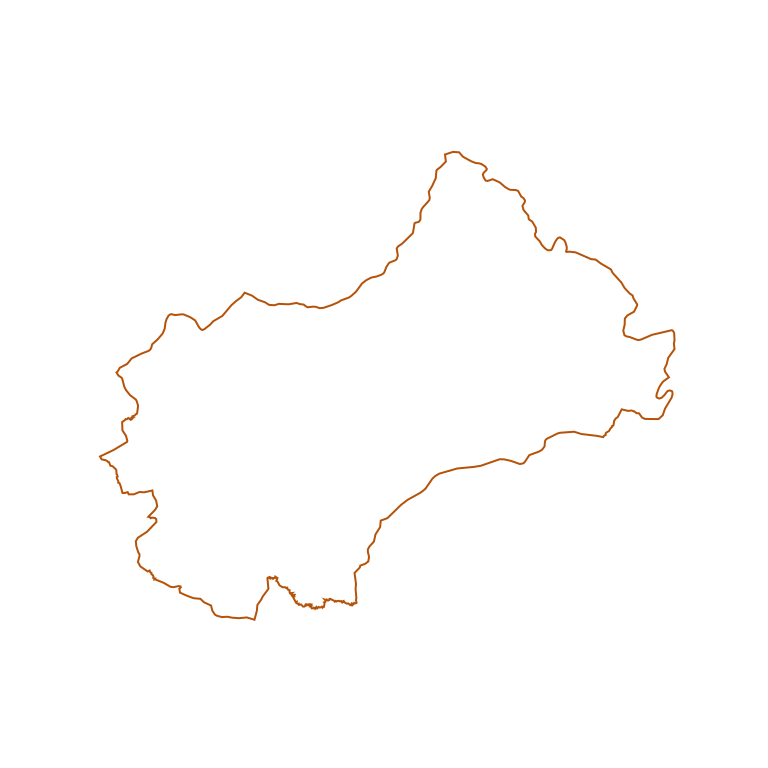 outline of Lahan Sai, Buri Ram, Thailand, rotated 254°
{"feature_id": "78962969B50384711100883", "entity_name": "Lahan Sai", "entity_type": "district", "adm_level": 2, "iso_a3": "THA", "parent_name": "Thailand", "parent_adm1": "Buri Ram", "projection": "natural_earth1", "projection_center": [102.826, 14.325], "detail": "fine", "context": "isolated", "style": "outline", "palette": "amber", "viewbox_px": 768, "rotation_deg": 254, "n_neighbors": 0, "source": "geoboundaries", "source_scale": "gbopen_adm2", "svg_char_len": 6157}
<svg xmlns="http://www.w3.org/2000/svg" viewBox="0 0 768 768"><g transform="rotate(254 384 384)"><path d="M506.0,210.7L506.7,209.0L507.8,202.3L509.8,198.7L509.6,196.9L508.9,195.5L506.2,192.8L503.3,190.9L497.4,188.3L493.5,185.1L489.2,178.6L486.1,172.1L482.9,170.2L481.5,168.8L480.7,166.8L480.1,159.6L478.2,148.5L474.1,142.7L472.4,134.5L469.5,131.5L468.8,130.0L465.2,131.1L462.4,133.5L461.4,133.8L453.0,133.6L449.3,134.3L443.3,136.8L437.4,141.2L435.3,141.6L430.8,141.6L424.3,138.8L423.3,137.9L423.3,136.9L422.2,135.3L422.4,133.5L421.5,133.3L421.7,132.0L420.9,133.1L420.9,131.7L419.9,132.2L419.6,131.5L419.4,130.6L421.8,128.7L421.0,127.1L421.5,125.9L420.9,125.4L419.6,121.8L411.5,119.8L405.4,121.7L400.0,121.6L399.2,121.1L395.1,105.9L392.6,91.0L389.4,91.8L387.5,95.3L386.1,96.9L384.8,97.4L384.6,98.1L380.9,98.5L379.7,100.5L375.9,102.7L375.0,102.9L371.0,102.1L370.3,102.5L368.4,102.4L368.3,101.5L367.3,101.2L363.4,101.8L362.5,101.3L361.5,102.4L358.9,102.7L351.3,102.6L350.7,105.0L350.7,107.8L348.3,108.2L346.9,113.2L347.6,119.2L346.0,123.4L345.5,132.0L340.6,131.3L334.7,132.8L328.9,132.3L326.0,129.1L321.3,120.8L320.4,122.3L319.3,122.7L319.5,124.2L318.3,126.9L316.9,127.8L314.1,127.2L307.3,115.5L304.1,105.1L301.3,102.1L296.3,101.2L289.9,101.4L287.7,102.0L285.7,101.4L280.8,98.4L275.8,99.5L269.0,105.1L269.3,107.3L267.5,107.4L266.6,108.4L265.3,108.0L263.8,109.2L262.3,109.3L261.3,108.7L260.5,109.6L259.5,109.3L259.7,110.3L259.3,110.1L253.7,117.3L247.9,122.9L246.7,125.6L246.4,130.8L245.4,132.7L244.5,132.6L243.6,130.8L239.7,130.4L235.4,135.4L230.6,141.9L228.1,148.3L223.8,150.8L218.7,156.7L213.4,156.5L208.8,158.0L207.2,159.6L204.6,164.0L203.5,169.1L201.2,173.7L198.8,180.3L197.4,187.8L193.1,194.5L200.9,199.2L206.5,201.4L210.5,206.4L213.3,209.0L218.5,215.9L219.3,216.5L229.5,218.4L229.9,219.2L229.0,220.3L229.8,220.1L230.1,220.8L228.4,222.7L228.2,223.6L227.3,223.7L227.8,225.1L227.6,225.8L228.8,226.4L226.8,228.1L224.4,226.2L223.4,227.2L219.2,228.1L216.5,230.6L215.8,233.1L215.0,233.6L214.9,234.8L213.1,234.8L211.7,236.5L210.5,235.9L208.8,235.9L208.4,238.1L207.8,236.7L205.3,237.4L205.1,237.9L206.3,238.6L206.0,239.9L205.3,239.2L204.4,239.3L204.0,237.9L198.8,239.0L198.8,240.1L197.6,239.4L196.5,240.5L196.3,241.6L195.2,241.4L194.9,243.5L192.3,244.9L192.0,246.0L192.5,247.9L193.3,247.5L193.8,248.1L193.6,248.8L192.9,248.5L192.5,249.5L192.2,250.7L192.9,251.0L192.8,252.0L192.2,253.2L191.4,251.5L190.7,251.3L190.3,253.0L189.7,252.4L188.3,252.7L187.9,254.1L188.3,254.8L187.6,255.3L187.8,255.9L187.0,256.0L187.9,257.2L187.1,257.1L186.7,257.8L187.6,258.4L187.3,259.1L187.6,259.8L187.0,260.0L186.7,262.0L187.1,262.9L186.1,263.3L186.6,263.7L186.3,264.8L190.0,266.6L190.6,266.3L190.7,267.6L192.0,268.1L193.1,267.6L192.6,268.3L192.7,269.6L191.5,270.0L191.2,271.0L191.6,272.1L192.4,272.3L192.4,272.9L189.6,276.1L188.5,276.6L188.8,277.6L188.0,278.0L188.3,278.9L188.0,280.9L187.3,281.3L187.2,282.9L186.3,283.2L186.4,284.0L185.8,283.4L185.4,283.6L186.0,285.6L184.8,286.0L183.1,287.7L183.0,289.0L181.1,290.4L181.2,291.2L180.5,291.1L179.9,292.5L180.3,293.0L181.1,292.2L182.0,292.6L181.0,294.0L181.8,295.0L181.0,295.6L181.2,297.3L184.1,297.5L185.7,298.4L194.5,300.1L199.6,302.0L210.5,303.6L214.3,310.2L216.0,311.2L216.3,316.2L217.7,319.9L221.9,322.0L226.9,322.2L229.5,322.9L232.1,325.6L235.3,330.9L241.7,334.3L247.6,340.9L253.6,343.2L254.1,350.3L263.2,367.2L266.2,374.9L269.3,388.4L270.6,392.1L272.0,395.1L279.7,404.5L281.5,408.2L282.6,412.4L282.6,431.1L279.6,447.2L278.7,454.6L279.8,474.4L278.5,478.6L275.2,484.7L269.6,492.6L269.4,495.0L269.4,496.3L270.6,498.3L275.6,504.1L276.3,514.1L277.1,517.6L279.7,521.1L284.2,522.8L285.4,523.6L286.4,525.2L288.6,537.1L288.6,539.8L285.7,553.6L281.5,560.0L275.4,574.5L272.5,580.1L273.6,581.2L273.9,583.1L275.2,583.3L275.9,584.0L276.8,587.3L279.0,589.6L279.8,591.3L280.7,591.6L280.9,593.1L285.3,595.2L287.0,597.3L287.8,599.6L294.1,605.5L290.9,611.1L290.3,614.6L288.6,617.1L286.4,618.7L285.5,621.1L280.8,622.7L278.5,625.2L274.6,638.2L277.1,643.3L282.8,647.3L291.6,656.7L294.7,658.6L297.2,659.0L298.0,658.6L299.1,656.8L299.0,654.5L296.0,650.4L294.2,647.0L294.2,644.4L295.8,642.6L297.0,642.4L299.3,643.4L304.6,647.3L307.1,649.9L309.4,652.9L311.9,659.7L318.3,657.6L321.2,657.7L325.0,661.1L330.8,664.4L337.5,672.9L343.0,673.8L345.9,675.3L353.1,677.0L355.6,676.3L356.4,675.5L357.4,655.1L355.9,643.6L356.0,641.4L356.4,639.9L361.3,633.3L362.9,630.3L364.6,628.6L369.3,628.7L374.5,631.6L380.6,633.6L382.8,636.8L384.6,644.3L389.6,648.9L390.8,649.3L397.6,647.4L400.5,647.4L403.3,645.1L410.0,641.7L416.0,640.2L427.8,634.4L431.6,633.7L439.9,625.8L445.3,621.7L447.0,617.4L457.7,604.5L460.1,598.7L460.6,596.0L461.1,595.5L463.2,596.8L465.8,597.5L470.3,597.4L472.6,596.9L476.5,593.5L476.3,591.2L475.6,590.2L473.5,587.7L467.4,582.6L466.7,581.3L467.1,579.1L468.0,577.7L470.4,575.9L474.3,574.0L477.9,573.2L484.2,570.0L486.8,570.6L488.3,572.1L492.4,573.0L499.2,571.3L502.4,568.6L506.3,569.1L512.8,566.1L517.1,566.2L520.1,569.5L521.7,570.1L524.3,569.3L526.3,567.6L532.7,566.1L534.2,564.0L535.8,559.1L536.9,557.5L540.1,554.6L546.0,550.7L550.9,544.9L550.6,539.5L551.6,537.7L555.0,536.8L558.1,536.7L559.4,537.8L561.7,541.8L562.5,542.1L565.1,541.3L568.6,538.3L570.1,535.9L571.1,533.1L574.1,529.2L579.9,523.3L581.4,522.2L586.0,520.1L588.1,514.2L587.8,505.9L580.8,504.8L577.0,498.2L575.3,493.8L574.4,493.1L567.6,490.5L561.0,484.8L556.5,480.0L550.2,479.3L548.2,478.2L542.9,469.8L541.3,468.1L538.4,466.2L532.2,464.4L530.8,463.0L530.2,461.8L530.4,458.8L530.0,457.6L521.9,453.8L520.8,452.9L513.9,440.1L512.4,435.5L510.9,433.6L503.7,432.7L500.6,430.7L499.8,429.2L499.2,423.0L498.6,421.7L495.8,418.5L491.1,414.9L490.3,413.5L489.7,411.2L489.4,406.6L489.8,401.0L488.7,395.6L486.7,390.6L480.5,382.6L477.8,377.1L476.8,374.1L476.2,365.6L475.2,362.7L474.3,355.5L473.9,347.0L474.6,343.1L477.0,339.7L477.9,337.2L478.8,331.8L480.3,330.2L482.5,328.7L483.9,325.3L486.0,322.3L486.9,314.3L490.0,305.1L489.9,300.4L491.7,295.4L495.5,292.0L499.6,286.1L505.3,281.5L510.2,275.2L506.8,270.8L504.4,264.4L501.8,259.0L494.0,247.4L491.4,237.1L489.1,233.5L486.2,226.4L486.0,224.3L486.6,223.4L489.0,222.0L497.2,220.0L501.6,216.2L506.0,210.7Z" fill="none" stroke="#b45309" stroke-width="2"/></g></svg>